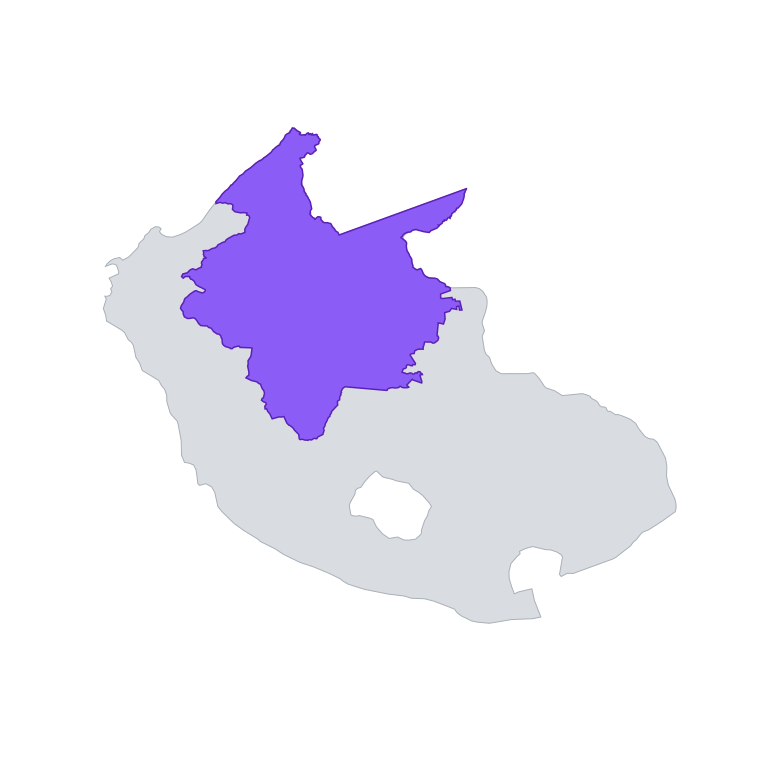 location of Northern Cape within South Africa, rotated 70°
{"feature_id": "ZAF-1188", "entity_name": "Northern Cape", "entity_type": "Province", "adm_level": 1, "iso_a3": "ZAF", "parent_name": "South Africa", "parent_adm1": "", "projection": "mercator", "projection_center": [20.625, -28.845], "detail": "fine", "context": "in_parent", "style": "filled", "palette": "violet", "viewbox_px": 768, "rotation_deg": 70, "n_neighbors": 0, "source": "natural_earth", "source_scale": "10m", "svg_char_len": 9833}
<svg xmlns="http://www.w3.org/2000/svg" viewBox="0 0 768 768"><g transform="rotate(70 384 384)"><path d="M532.0,147.2L549.7,144.8L557.6,146.2L567.2,150.0L576.1,151.4L591.2,150.0L596.4,150.6L600.6,152.0L603.6,154.0L607.9,169.2L611.6,185.6L611.6,190.9L612.1,192.9L616.4,199.8L618.0,204.2L620.5,207.7L626.1,225.3L626.7,228.4L626.7,271.3L624.5,276.5L625.5,283.3L622.9,284.2L607.8,275.5L605.1,275.8L600.9,279.1L596.9,284.1L595.1,288.4L587.5,300.1L587.0,307.5L587.6,313.9L590.1,314.2L592.0,318.8L596.1,326.1L603.1,330.8L609.6,332.9L618.6,333.4L625.8,333.3L625.4,328.4L627.0,315.1L638.9,316.7L656.6,316.3L655.3,324.9L649.0,344.6L644.9,366.8L639.6,378.0L636.6,382.7L628.1,390.9L623.6,393.7L619.8,394.6L605.1,411.4L599.6,419.5L594.8,431.3L590.0,437.8L582.9,451.8L570.4,472.4L559.9,486.1L555.2,490.0L552.1,491.8L543.7,499.8L531.9,512.6L522.9,524.0L509.4,537.0L501.6,542.7L489.9,553.9L486.6,555.6L473.4,566.1L463.9,572.5L448.6,579.9L442.5,582.0L427.9,580.1L421.8,581.1L416.7,585.6L416.2,592.0L414.1,593.0L400.7,590.0L395.1,590.5L391.9,594.0L389.3,598.3L381.6,598.6L368.0,594.0L351.9,591.3L348.1,591.0L340.3,594.3L337.6,594.8L326.3,594.1L320.0,592.0L313.9,592.0L309.3,593.7L303.7,594.4L288.6,606.5L280.7,606.5L274.0,608.0L262.1,606.3L258.5,607.1L254.9,609.2L246.8,610.2L243.7,612.0L229.9,623.2L224.3,622.0L217.1,621.9L209.1,615.9L206.0,616.3L206.8,614.5L207.1,611.3L204.2,608.1L201.0,608.3L199.3,605.6L194.5,605.4L190.5,606.2L189.7,595.9L187.9,594.9L183.0,594.7L180.6,595.0L179.5,596.0L178.2,598.3L178.2,605.5L176.5,603.4L174.6,599.1L174.0,594.6L174.7,589.1L178.3,587.1L177.3,580.3L171.6,568.5L168.1,566.0L165.4,560.0L162.7,557.8L161.5,553.7L158.9,550.3L158.0,545.0L159.4,542.0L161.8,540.3L164.1,542.9L167.1,541.9L171.2,538.1L173.7,532.3L173.9,523.1L173.2,517.3L169.9,502.4L168.3,499.0L160.9,488.5L152.2,474.3L141.3,452.2L136.0,438.9L128.1,412.3L121.1,397.4L112.5,383.4L111.4,382.5L112.8,380.9L117.4,377.6L119.5,376.8L120.6,377.2L121.7,376.3L122.7,374.1L123.5,369.2L125.6,364.1L127.5,361.9L131.6,360.4L134.7,362.4L136.0,364.3L136.5,366.8L137.9,368.0L140.1,367.9L141.7,369.4L142.6,372.6L142.4,374.9L141.1,376.3L141.3,378.1L142.9,380.5L144.6,385.6L153.0,388.2L157.7,388.6L162.1,389.9L166.3,392.2L173.2,392.7L182.8,391.5L190.7,392.1L196.9,394.3L201.4,394.7L204.2,393.3L205.4,391.3L205.1,388.6L206.5,386.9L209.6,386.2L212.1,384.2L214.0,380.9L218.3,378.3L225.2,376.2L228.6,376.3L228.6,239.9L240.7,249.2L243.5,253.5L249.4,266.1L255.5,281.7L256.5,289.3L256.3,290.9L250.0,301.2L249.8,306.3L250.5,312.3L252.0,315.3L253.8,316.3L258.1,314.8L264.8,316.4L277.5,315.7L283.8,316.5L285.4,316.0L286.9,314.7L288.5,311.1L290.0,309.9L295.9,308.4L298.6,306.3L302.8,299.2L315.4,289.7L316.8,287.5L324.7,264.9L327.1,261.7L330.6,259.5L337.5,257.9L341.6,258.8L346.0,260.7L351.0,264.0L358.4,270.1L360.9,271.1L368.3,271.3L372.8,275.4L386.7,278.1L390.7,278.0L395.0,275.8L402.1,275.9L409.8,274.3L414.4,270.3L423.3,245.7L424.3,240.4L425.3,238.9L432.5,236.1L441.4,234.0L443.2,232.9L448.7,226.0L455.9,220.4L460.9,200.9L464.2,196.4L466.2,194.4L467.5,194.4L469.4,193.2L471.8,190.8L474.6,189.3L477.9,188.8L480.0,187.2L481.0,184.6L482.7,183.3L485.1,183.4L486.5,182.6L486.9,180.9L492.3,176.7L492.4,175.0L495.5,171.0L501.5,164.5L507.2,160.9L512.5,160.1L522.4,156.8L525.9,153.8L528.1,149.6L532.0,147.2ZM515.6,440.0L524.4,436.6L530.9,432.0L532.4,423.7L537.4,418.6L539.3,413.8L540.6,407.3L537.7,400.4L533.6,398.4L526.2,392.5L522.9,388.5L518.5,385.2L515.3,381.2L510.2,382.5L502.2,385.7L497.3,388.7L493.2,392.2L485.8,394.7L478.9,406.0L476.6,408.5L471.1,416.8L463.3,420.8L463.1,422.3L465.7,429.0L469.3,435.7L473.2,441.2L473.0,444.6L474.3,447.2L477.7,449.1L483.5,455.9L486.3,458.2L495.1,459.8L496.4,459.4L498.8,455.3L499.1,452.4L505.0,443.5L507.5,440.8L515.6,440.0Z" fill="#d9dde1" stroke="#a8b0b8" stroke-width="1"/><path d="M132.3,360.3L133.0,360.5L134.3,362.5L135.8,363.0L136.1,363.7L136.1,367.1L136.8,368.0L137.9,368.2L140.0,367.7L141.2,367.8L142.1,370.8L143.0,372.3L143.0,374.2L142.7,375.0L141.1,375.9L140.5,377.0L141.7,378.9L142.1,380.3L143.3,380.8L143.7,381.6L143.1,384.7L143.1,385.8L144.4,386.0L149.1,384.9L149.6,385.3L149.9,387.8L150.6,388.1L152.1,388.4L153.4,387.6L154.5,387.5L160.0,388.7L162.4,390.0L164.4,391.7L168.4,393.3L173.2,392.5L176.1,393.2L178.5,392.3L179.4,392.8L181.3,391.9L187.6,391.0L194.6,392.0L196.3,394.2L198.1,394.6L198.8,395.5L200.1,395.4L203.3,393.9L204.2,392.9L205.6,392.6L204.2,389.2L204.9,387.3L205.7,386.4L206.2,386.4L207.3,387.1L211.2,385.9L212.1,384.8L213.1,381.8L213.8,381.2L214.9,379.3L215.6,379.0L218.9,378.7L220.9,377.6L223.5,377.2L225.8,375.4L228.6,375.2L228.6,239.1L228.8,239.7L230.2,241.3L232.8,243.7L234.5,244.2L237.1,245.8L241.3,249.3L244.0,254.3L243.6,255.4L244.0,255.9L245.2,256.5L245.3,257.7L246.4,258.5L246.2,259.5L247.2,262.1L248.7,262.9L249.0,264.0L249.5,263.9L249.4,265.0L250.6,264.9L251.0,265.3L250.0,265.9L249.8,266.5L249.8,267.5L251.2,268.8L251.5,269.8L250.4,270.9L250.5,271.3L251.5,271.7L251.2,273.2L252.7,274.3L253.0,275.0L253.7,277.4L253.3,278.5L254.3,278.2L255.6,280.9L255.9,287.5L257.1,289.7L254.2,295.0L252.3,297.5L251.3,299.3L249.9,300.6L249.3,303.1L249.3,305.1L250.2,306.9L249.4,310.2L249.6,312.7L250.4,315.1L251.6,316.3L252.1,317.9L257.5,314.7L259.3,314.5L262.1,315.9L266.5,316.9L270.4,316.0L272.3,316.1L275.0,315.4L276.6,315.3L278.9,316.2L281.8,316.3L284.4,316.8L287.7,314.6L288.2,313.3L287.9,310.3L288.3,309.9L290.2,309.4L293.4,309.4L295.5,308.9L297.5,307.7L299.2,306.0L300.4,304.0L302.1,299.8L303.8,297.7L306.9,296.6L310.5,292.6L311.6,292.4L313.1,292.7L313.6,292.5L314.8,290.3L316.2,289.0L318.9,289.6L318.8,300.0L322.6,301.4L323.8,299.6L325.9,290.6L328.3,290.8L328.5,288.3L330.6,288.5L332.0,284.4L341.1,285.4L340.4,287.8L336.3,287.0L336.1,289.3L338.8,290.1L336.1,294.7L338.1,297.5L337.7,302.6L343.9,304.4L348.0,307.6L345.1,312.1L356.8,317.7L357.6,316.8L359.5,316.9L361.5,318.6L362.7,322.5L362.2,324.3L360.6,325.6L358.4,331.5L361.6,333.5L362.3,334.4L364.7,335.3L363.1,339.6L363.0,340.9L363.3,343.7L365.7,345.3L364.9,347.9L365.6,349.6L375.4,347.4L376.5,348.1L375.6,350.3L376.6,351.1L375.7,352.9L374.6,353.9L373.9,355.5L374.5,356.7L375.8,357.2L376.7,358.4L376.4,360.7L379.1,363.0L380.0,362.1L380.6,360.8L382.2,359.3L382.5,358.1L382.5,355.7L383.4,354.2L384.4,353.6L384.8,352.8L384.9,351.8L384.3,351.3L384.5,349.9L385.1,349.2L384.3,348.4L384.1,347.3L384.9,345.9L386.5,345.6L387.2,344.8L388.3,344.7L387.8,346.8L388.1,347.3L394.8,347.6L395.9,348.3L389.8,355.8L389.2,355.9L392.8,362.9L393.4,363.0L394.6,362.0L395.5,361.8L395.4,363.6L394.4,366.4L393.4,368.2L391.7,369.5L391.6,370.0L392.3,371.2L392.2,372.4L391.5,375.1L390.5,376.8L389.9,378.8L389.8,381.2L390.0,382.3L391.0,383.3L390.9,383.8L373.2,421.7L374.0,424.2L376.1,426.7L377.6,426.9L378.1,428.0L379.4,428.1L381.0,430.0L383.7,431.1L384.1,433.2L384.8,433.9L387.9,434.7L392.0,442.8L393.2,443.3L394.5,445.2L396.0,446.0L396.5,447.8L399.4,450.5L401.2,452.6L403.6,454.2L404.7,456.0L407.0,456.1L410.5,458.7L411.1,464.2L412.4,465.9L412.1,466.8L411.3,467.8L411.2,468.6L411.8,471.1L410.7,473.4L410.9,474.8L410.0,476.4L409.8,477.3L407.9,479.8L407.6,481.8L406.7,482.4L402.2,481.4L397.1,483.8L394.0,484.6L390.8,486.6L390.0,487.6L387.3,488.7L380.4,489.2L379.9,492.0L379.3,492.9L378.9,495.1L378.5,501.0L373.0,501.5L369.9,502.7L367.9,502.7L367.0,503.0L366.8,504.3L364.1,503.6L362.7,501.5L361.7,501.4L360.7,501.8L359.7,503.2L357.4,504.7L355.8,503.4L355.9,502.6L355.5,501.9L351.9,499.5L349.6,499.2L346.1,500.1L342.0,500.1L340.6,501.6L338.4,502.8L335.4,507.4L331.0,511.6L330.0,509.9L329.6,508.1L326.8,506.9L320.6,506.0L318.7,504.8L315.6,503.8L312.7,499.9L311.4,499.0L305.2,495.7L304.3,497.1L300.4,506.8L299.0,507.0L298.5,508.3L298.1,512.6L298.9,514.7L298.2,516.2L297.4,516.4L294.6,520.2L292.7,521.5L290.7,522.0L286.1,520.8L284.8,521.2L283.4,520.9L282.4,521.1L280.8,522.0L279.8,523.8L276.4,526.2L272.5,527.3L270.9,529.4L268.8,530.5L268.1,532.6L266.3,536.3L263.8,537.5L260.4,538.2L257.9,539.1L256.5,540.6L255.9,544.3L255.2,546.3L252.6,548.6L249.4,548.7L247.3,548.0L245.4,548.9L243.2,549.3L241.0,547.6L238.5,544.2L236.2,542.5L235.4,541.4L234.9,539.4L233.3,535.9L231.9,530.5L232.0,528.6L233.8,526.9L236.3,523.6L236.3,522.0L235.4,520.2L234.8,519.8L233.9,519.9L231.8,522.1L230.9,522.6L229.8,524.0L226.7,526.5L224.9,527.0L222.7,527.1L220.3,528.5L219.4,529.7L217.7,530.3L217.0,529.8L216.3,530.4L215.3,533.3L215.1,534.6L215.9,536.2L215.7,536.6L213.8,537.5L211.8,535.4L212.2,530.7L210.6,527.6L210.2,524.6L212.4,521.6L211.8,518.6L211.9,515.7L210.9,515.5L209.6,514.1L208.4,514.3L206.9,513.7L205.8,511.7L204.3,510.6L204.9,508.1L204.7,507.9L202.2,509.5L201.5,509.2L200.6,509.5L199.2,508.6L197.0,508.3L197.6,505.7L198.3,504.4L198.5,502.7L197.9,499.3L198.3,496.0L197.5,493.6L196.6,492.8L196.4,491.9L195.7,486.6L196.0,484.8L194.7,483.2L194.0,481.2L192.9,474.0L193.7,471.4L193.0,469.1L194.0,467.6L194.0,462.9L190.9,461.8L189.4,460.3L187.3,457.3L181.5,453.2L179.7,453.4L178.8,454.2L178.3,455.3L176.5,454.3L174.9,457.3L174.1,460.3L171.1,465.2L168.1,466.7L164.9,465.0L163.7,464.9L162.1,466.5L161.3,469.2L159.3,471.1L158.9,473.8L157.2,476.0L157.0,480.2L155.2,479.6L152.5,474.3L150.2,471.1L148.4,467.3L147.5,464.0L144.7,459.7L144.8,458.2L144.0,457.3L141.9,452.9L139.1,448.5L138.4,444.5L136.6,441.5L135.3,435.6L132.6,428.8L131.6,424.8L131.8,424.8L131.6,422.7L130.8,420.1L130.4,419.8L130.0,417.5L127.6,410.6L125.9,408.4L125.2,406.1L124.6,405.0L124.6,404.2L123.9,402.4L123.9,400.8L123.4,400.0L121.3,398.1L120.2,395.7L118.7,393.6L116.5,391.6L115.8,389.5L115.7,387.3L115.3,386.1L114.3,385.8L113.6,384.2L112.2,382.6L112.7,381.8L112.8,380.9L116.4,379.1L118.9,376.6L119.6,376.6L119.9,377.9L120.5,378.0L121.2,377.4L122.1,375.9L122.4,373.7L123.3,373.1L122.1,370.7L122.1,369.3L122.7,369.0L123.6,369.5L123.9,369.2L124.0,368.8L123.5,367.7L123.8,367.2L125.0,367.1L124.4,365.6L125.7,365.7L126.0,365.4L126.2,362.4L127.1,361.5L128.0,362.0L129.3,361.2L130.2,361.5L132.3,360.3Z" fill="#8b5cf6" stroke="#5b21b6" stroke-width="1.5"/></g></svg>